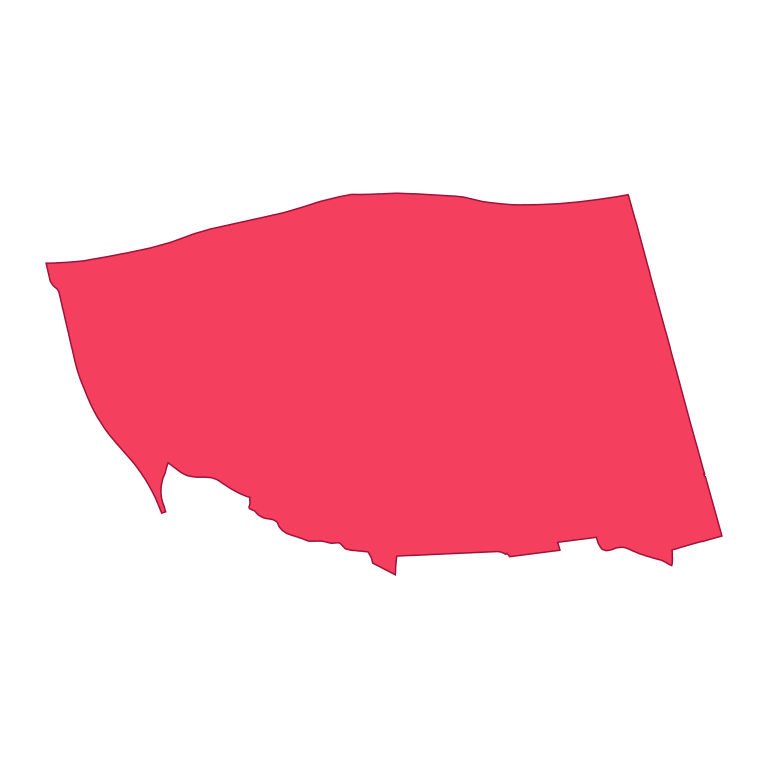 Geertruidenberg, Noord-Brabant, Netherlands (Natural Earth projection)
{"feature_id": "6326949B69937984570912", "entity_name": "Geertruidenberg", "entity_type": "district", "adm_level": 2, "iso_a3": "NLD", "parent_name": "Netherlands", "parent_adm1": "Noord-Brabant", "projection": "natural_earth1", "projection_center": [4.874, 51.696], "detail": "fine", "context": "isolated", "style": "filled", "palette": "rose", "viewbox_px": 768, "rotation_deg": 0, "n_neighbors": 0, "source": "geoboundaries", "source_scale": "gbopen_adm2", "svg_char_len": 6023}
<svg xmlns="http://www.w3.org/2000/svg" viewBox="0 0 768 768"><path d="M721.9,536.0L721.6,534.9L721.5,534.5L720.4,530.4L719.4,526.8L718.9,525.2L715.7,513.5L712.4,501.7L711.1,497.1L708.1,486.3L705.4,476.7L704.6,476.5L704.1,474.5L703.9,473.9L704.6,474.0L702.1,465.2L700.6,459.6L700.4,458.9L698.8,453.2L697.9,449.7L696.5,444.8L694.6,438.2L693.2,433.0L692.7,431.2L691.4,426.5L690.9,424.9L690.6,423.8L677.1,373.6L677.0,373.1L674.1,362.7L672.5,357.0L670.9,351.0L669.1,343.8L667.3,337.2L665.8,331.9L665.5,330.9L663.0,321.8L652.0,281.7L650.2,275.1L649.8,272.8L648.5,268.2L647.4,264.5L646.4,260.6L636.3,222.9L634.8,218.2L631.4,206.0L631.3,205.6L628.2,194.7L615.6,196.9L603.4,198.7L595.7,199.8L587.6,200.8L578.8,201.9L558.7,203.7L542.1,204.5L539.5,204.6L535.6,204.7L529.6,204.8L526.8,204.8L518.9,204.9L511.7,204.7L510.6,204.6L502.9,204.0L493.6,203.0L483.2,201.7L463.2,197.0L461.3,196.8L455.7,196.2L454.3,196.1L452.1,196.0L449.9,195.9L447.2,195.7L436.9,195.1L416.8,193.9L412.7,193.8L397.0,193.2L396.4,193.2L380.4,193.9L378.3,193.9L376.7,194.0L370.4,194.3L364.1,194.4L361.6,194.5L351.1,194.4L346.5,195.4L344.7,195.7L338.6,196.9L337.1,197.3L328.1,199.5L320.7,201.3L318.9,201.8L317.1,202.4L301.3,207.5L283.5,212.7L281.8,213.1L277.0,214.2L210.8,228.9L194.9,233.5L170.7,242.3L150.2,248.0L128.1,252.7L123.9,253.5L120.0,254.2L116.5,254.9L111.9,255.8L106.0,256.9L100.3,257.9L93.1,259.1L87.5,260.2L84.1,260.8L83.1,260.9L79.0,261.3L70.2,262.1L67.8,262.3L65.5,262.4L61.5,262.6L53.2,263.1L52.6,263.1L51.4,263.1L46.1,263.2L50.3,281.3L52.7,285.0L52.9,285.3L54.0,286.4L55.3,287.5L56.7,288.6L57.1,289.1L57.4,289.4L57.9,290.1L58.2,290.7L58.6,291.4L58.9,292.1L59.1,292.9L59.4,294.1L59.9,296.2L60.8,300.0L61.7,303.9L62.2,306.4L63.2,310.5L63.8,312.8L64.3,315.3L64.9,317.9L65.4,320.2L66.1,323.0L66.6,325.3L67.2,327.7L67.7,329.9L68.3,332.3L68.8,334.7L69.3,336.9L70.2,341.0L70.9,344.0L71.6,347.0L72.4,349.9L73.0,352.9L73.8,356.0L74.3,358.6L75.9,365.0L76.7,368.1L77.7,371.4L78.9,375.0L79.8,377.8L81.0,381.0L83.5,387.1L84.1,388.5L84.5,389.5L84.7,390.2L85.3,391.6L85.7,392.6L86.3,394.1L87.0,395.7L87.7,397.5L89.9,402.5L90.9,404.7L91.7,406.3L92.6,408.2L93.5,410.0L95.8,414.3L97.4,417.2L99.1,419.8L102.3,424.8L104.0,427.5L105.9,430.2L107.5,432.4L108.9,434.1L109.6,435.1L112.5,438.6L114.8,441.3L115.6,442.3L116.5,443.5L117.6,444.6L123.9,451.8L128.6,457.1L132.0,461.0L134.6,464.2L137.2,467.6L140.7,472.5L144.8,478.6L146.1,480.7L147.7,483.4L149.5,486.5L152.3,491.7L154.9,496.8L157.2,502.1L161.7,513.1L165.7,511.8L165.4,511.0L164.5,508.0L164.5,507.3L162.7,502.7L161.7,498.9L161.6,498.2L161.0,493.8L161.0,492.8L161.0,491.7L161.0,490.2L161.0,489.0L161.1,487.8L161.2,486.8L161.3,485.8L161.5,484.5L162.0,482.3L162.1,481.7L162.7,479.3L162.9,478.3L163.5,476.9L165.2,472.9L165.7,470.6L166.3,468.5L166.6,467.3L168.1,462.8L171.6,465.4L176.0,468.7L180.9,472.4L182.0,473.0L184.4,474.3L185.5,474.8L186.8,475.4L188.0,475.8L188.3,475.9L190.2,476.2L192.4,476.7L192.9,476.7L196.8,477.2L197.3,477.2L199.9,477.2L202.2,477.2L203.4,477.2L204.9,477.2L205.1,477.2L209.2,477.5L210.1,477.6L211.2,477.7L211.7,477.8L212.8,478.1L213.6,478.4L214.8,478.8L215.4,479.0L215.8,479.2L217.2,479.8L217.9,480.2L218.1,480.3L218.7,480.7L219.2,481.0L221.3,482.4L222.4,483.2L224.4,484.5L230.8,488.7L239.1,493.2L246.3,496.3L247.7,496.8L249.7,497.1L250.0,503.2L249.7,505.0L249.3,505.9L249.0,507.0L249.1,507.8L249.4,508.4L250.9,509.4L252.5,510.0L253.5,510.4L254.4,510.9L254.9,511.3L255.8,512.2L256.4,513.0L257.0,513.6L258.4,515.0L259.2,515.4L260.2,516.1L261.2,516.7L262.4,517.3L264.0,518.0L266.2,518.5L268.4,518.8L269.7,519.0L271.1,519.3L272.7,519.6L273.6,520.0L274.7,520.5L275.9,521.3L276.8,522.0L277.5,522.7L277.9,523.8L278.2,524.4L278.4,525.3L278.8,526.1L279.3,526.8L279.7,527.5L280.3,528.1L280.9,528.9L281.5,529.4L282.3,530.5L283.3,531.1L283.9,531.5L285.3,532.5L286.9,533.5L288.3,534.0L290.2,534.7L291.9,535.3L293.0,535.7L294.5,536.1L297.0,536.9L300.5,538.1L302.7,538.8L303.7,539.2L304.6,539.6L305.7,540.0L306.6,540.4L307.9,540.9L308.8,541.1L309.8,541.2L311.0,541.2L314.4,541.1L316.0,541.1L317.8,541.0L319.2,541.1L320.5,541.1L322.1,541.2L323.3,541.4L324.2,541.6L325.8,541.9L327.3,542.3L329.4,542.9L330.5,543.1L331.3,543.2L331.9,543.3L332.5,543.2L333.8,543.1L334.9,543.0L336.4,542.9L337.9,542.8L338.7,542.9L339.3,543.0L339.9,543.3L340.4,543.7L341.6,544.8L341.9,545.2L344.1,547.5L345.0,548.5L345.5,548.8L346.2,549.1L347.2,549.3L348.1,549.5L349.4,549.8L350.6,550.2L351.9,550.3L353.4,550.5L354.5,550.5L355.3,550.5L356.4,550.7L357.8,550.9L359.0,551.0L360.9,551.1L362.2,551.2L363.3,551.4L365.0,551.6L366.5,551.7L367.0,551.8L367.9,551.9L368.4,552.5L368.9,553.4L369.6,554.6L370.7,556.6L371.3,557.8L371.8,559.2L372.1,560.7L372.6,563.0L373.2,563.4L379.4,566.5L383.4,568.6L385.2,569.6L389.9,572.0L390.3,572.2L395.3,574.8L395.3,574.7L395.4,573.8L395.6,569.2L395.7,566.4L396.4,559.4L396.8,556.2L397.0,556.1L397.5,556.0L409.0,555.5L417.3,555.2L447.2,553.8L476.6,552.5L484.3,552.1L486.9,552.0L496.2,551.6L497.8,551.6L499.6,551.8L499.8,551.8L500.9,552.1L502.1,552.5L503.3,553.0L504.2,553.4L505.2,554.1L505.6,554.4L506.8,553.4L507.5,554.0L508.4,554.9L509.0,555.8L509.4,556.3L509.7,556.7L549.9,551.5L558.9,550.4L560.0,550.2L559.7,549.0L557.7,542.3L591.9,537.9L592.8,537.8L596.4,537.3L596.8,538.8L597.2,540.0L597.5,541.2L598.3,543.5L598.7,544.2L600.2,546.8L601.5,548.7L602.3,549.4L604.4,550.1L605.0,550.3L605.8,550.6L607.2,550.6L609.4,550.2L610.9,549.9L612.3,549.5L613.5,549.0L613.9,548.9L614.7,548.5L615.6,548.2L617.0,547.8L618.3,547.6L619.5,547.5L620.7,547.4L622.3,547.3L622.8,547.3L624.0,547.5L625.4,547.8L626.7,548.2L631.5,550.3L633.2,551.1L635.2,551.9L637.1,552.7L639.1,553.6L641.5,554.4L643.8,555.0L645.6,555.8L650.0,557.0L652.1,557.7L654.1,558.3L656.4,558.9L659.4,559.7L660.4,559.9L661.1,560.1L662.8,560.8L664.0,561.5L665.4,562.1L666.4,562.6L667.1,563.3L667.6,563.6L671.7,565.6L672.2,563.7L672.5,558.9L672.2,556.2L672.4,554.3L672.3,552.3L672.0,550.0L673.3,549.6L678.1,548.3L678.9,547.9L691.0,544.4L701.1,541.6L702.5,541.5L704.2,541.0L710.1,539.3L721.9,536.0Z" fill="#f43f5e" stroke="#9f1239" stroke-width="1.5"/></svg>